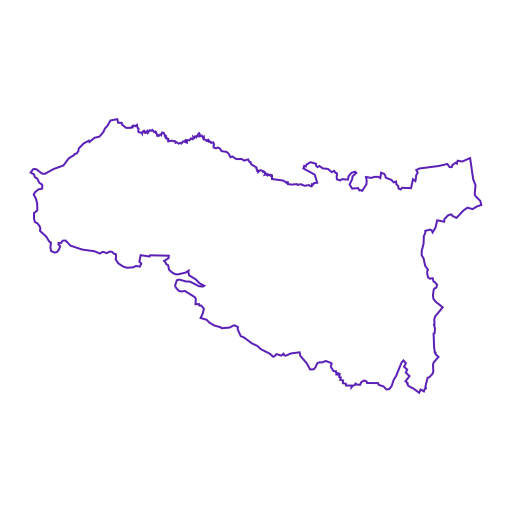 the district of Photharam, Ratchaburi, Thailand
{"feature_id": "78962969B60761780399877", "entity_name": "Photharam", "entity_type": "district", "adm_level": 2, "iso_a3": "THA", "parent_name": "Thailand", "parent_adm1": "Ratchaburi", "projection": "equal_earth", "projection_center": [99.741, 13.703], "detail": "fine", "context": "isolated", "style": "outline", "palette": "violet", "viewbox_px": 512, "rotation_deg": 0, "n_neighbors": 0, "source": "geoboundaries", "source_scale": "gbopen_adm2", "svg_char_len": 6069}
<svg xmlns="http://www.w3.org/2000/svg" viewBox="0 0 512 512"><path d="M110.4,120.5L107.3,126.0L105.0,128.4L103.3,132.1L99.5,136.6L94.5,137.8L89.4,142.0L88.8,140.7L83.6,143.5L78.8,148.4L78.3,151.2L76.9,153.3L74.5,154.1L74.2,155.0L68.7,158.4L63.4,165.5L53.7,169.0L44.7,173.9L41.8,173.5L36.7,169.5L34.8,168.9L32.9,169.4L30.7,172.6L33.9,174.3L34.9,177.2L37.3,178.6L39.2,182.7L42.1,184.6L42.3,185.4L42.1,188.7L38.4,189.4L35.0,192.3L33.7,194.6L35.9,198.5L37.2,203.5L37.3,210.4L34.0,213.1L34.0,218.3L34.8,221.9L37.5,223.4L39.6,226.2L40.3,228.1L40.0,230.9L46.3,236.7L49.2,241.5L51.0,242.7L50.4,247.4L51.1,251.1L54.8,252.6L57.0,252.0L58.8,249.8L60.1,246.6L60.0,245.8L58.5,244.6L58.6,243.0L61.1,242.9L62.6,240.7L65.6,240.5L70.4,245.6L82.3,249.6L94.3,251.2L99.8,253.5L102.8,251.8L106.8,253.1L110.0,251.5L112.2,252.0L114.0,253.8L115.8,254.1L116.1,257.6L115.6,259.1L118.2,263.3L123.1,266.5L127.0,267.8L133.4,267.3L135.7,266.0L139.9,266.6L141.3,263.5L139.4,261.8L140.6,255.2L149.6,256.5L150.0,255.3L168.8,255.7L168.5,258.2L164.1,261.0L165.6,262.5L166.1,264.0L168.2,265.3L169.0,269.7L171.7,272.2L174.9,274.1L177.8,274.4L185.6,272.6L188.6,270.7L188.4,272.2L189.1,275.3L195.8,279.4L199.4,283.2L204.2,285.8L202.8,286.6L198.9,286.2L190.0,281.6L186.1,281.5L179.4,279.6L176.9,280.2L175.1,285.4L175.7,287.4L178.7,290.8L181.4,291.5L184.9,291.0L194.9,297.2L195.8,299.0L195.5,304.2L199.0,304.1L199.3,305.5L201.2,305.5L203.9,308.7L202.8,313.5L200.6,318.0L206.7,319.8L209.3,322.6L214.3,325.5L220.7,327.3L221.5,328.2L229.4,327.6L233.8,325.4L235.3,325.6L237.9,327.1L237.6,329.1L240.7,336.1L244.0,337.5L251.9,343.4L257.3,345.9L260.7,349.1L270.0,353.8L273.0,356.7L274.3,356.4L276.5,354.1L281.2,355.6L283.4,353.7L284.2,355.3L285.7,355.7L291.1,353.4L299.6,352.3L300.3,355.8L306.8,363.4L310.1,369.5L313.7,369.3L315.5,367.2L317.3,363.2L319.8,362.2L321.7,362.5L325.8,361.0L331.3,363.1L331.7,363.8L330.8,366.0L331.4,367.8L333.5,371.0L336.0,371.3L336.0,372.5L336.8,372.8L336.4,374.5L338.5,374.7L338.8,373.5L339.7,373.9L339.2,377.0L340.8,377.5L340.2,379.8L343.1,380.5L342.9,383.2L345.8,383.7L346.0,385.5L351.3,385.5L351.4,387.5L352.7,385.7L354.9,385.0L355.5,383.6L357.0,384.6L360.1,384.8L361.3,382.1L363.9,380.5L366.5,381.3L367.0,383.0L378.1,383.1L378.6,384.8L383.5,386.4L386.4,389.4L389.2,389.2L391.6,386.1L393.8,379.6L396.0,376.2L401.5,362.7L403.4,360.4L405.9,363.1L404.1,366.8L407.2,369.6L405.8,372.6L409.5,376.1L405.5,381.2L407.6,383.1L407.2,383.7L408.4,385.9L413.7,388.7L419.1,392.8L420.7,389.5L423.9,391.4L424.6,389.2L425.7,388.7L425.9,387.5L425.3,387.0L427.6,377.7L429.3,377.3L432.6,373.7L433.3,371.4L433.0,364.9L433.6,362.5L438.5,356.9L435.6,354.3L435.6,352.6L434.8,352.5L434.1,347.3L433.6,333.6L434.6,333.2L435.0,328.8L434.0,324.8L434.5,324.7L434.3,319.2L435.2,316.4L442.7,307.3L435.9,301.9L433.4,298.8L432.9,295.4L433.7,289.9L434.2,288.7L436.3,287.6L437.1,284.7L434.7,282.0L433.6,281.6L432.6,278.2L429.8,278.7L428.1,277.4L427.2,273.8L427.3,271.0L428.0,269.9L425.1,265.6L423.6,258.4L421.7,255.3L421.7,251.0L423.6,243.5L423.8,236.2L425.3,232.9L425.3,230.8L430.1,229.6L431.6,230.3L432.6,232.4L435.5,227.6L437.2,220.3L444.2,221.7L444.4,219.1L448.0,215.4L451.1,214.3L452.5,215.9L456.5,217.9L463.4,210.5L467.5,207.7L472.6,209.1L477.0,206.4L481.3,205.0L480.3,200.9L475.7,196.4L474.7,194.5L475.5,185.2L473.2,179.3L470.1,158.1L462.3,161.5L457.6,160.7L456.9,163.6L455.7,162.7L452.3,165.0L452.0,166.8L451.1,167.2L449.5,167.0L447.4,164.0L438.6,166.0L419.4,168.5L416.3,170.0L417.7,172.6L416.2,175.3L415.6,180.4L415.3,181.1L413.0,179.2L411.0,188.2L402.0,187.8L400.8,189.4L398.6,188.6L398.2,186.1L396.4,184.2L396.0,181.5L393.7,182.4L391.4,179.9L385.8,177.7L385.1,175.2L384.0,173.8L381.1,172.7L380.3,178.1L378.5,176.9L374.2,176.9L371.5,177.9L366.0,177.0L366.7,180.8L366.4,184.4L362.1,190.9L361.1,190.2L359.4,190.4L358.1,188.1L352.2,188.6L349.6,184.5L352.1,179.3L352.6,176.3L356.3,172.9L355.1,171.7L351.3,172.9L348.5,176.4L348.0,179.6L341.9,179.2L340.1,180.4L337.0,179.4L336.6,176.6L337.1,174.3L336.6,173.0L335.5,172.9L334.2,170.9L331.7,172.1L327.9,168.9L322.8,168.4L319.4,166.0L317.6,167.1L316.2,165.9L315.9,163.7L310.4,162.2L306.5,164.6L305.7,166.5L304.2,165.9L303.4,168.4L314.7,174.6L317.2,182.7L313.7,183.2L313.3,184.4L312.0,184.2L312.0,185.9L311.3,186.4L308.9,185.1L304.6,185.8L300.8,184.2L297.5,184.9L296.9,184.1L291.6,184.6L287.9,184.1L287.9,182.3L286.7,182.1L286.3,182.7L283.5,180.6L272.0,179.0L272.0,175.3L271.1,174.9L270.7,175.9L269.6,174.9L268.1,175.2L267.6,174.0L267.0,174.1L266.9,175.1L265.9,174.3L264.6,174.8L265.3,172.6L263.7,171.4L263.2,171.8L263.1,171.1L260.1,170.2L258.1,172.1L257.8,170.7L257.0,170.6L257.3,169.7L256.3,168.4L256.5,167.5L251.2,164.3L250.5,162.1L249.6,162.1L248.1,159.4L244.1,160.6L241.7,159.0L236.3,159.1L232.3,156.4L230.4,157.2L228.7,153.7L226.6,151.9L221.5,151.1L219.9,148.5L217.6,147.5L216.0,148.3L213.7,147.5L213.5,145.5L214.1,144.5L213.3,142.4L211.2,142.9L210.8,141.9L209.0,141.8L209.0,140.9L207.4,141.4L208.5,140.3L208.1,139.7L206.7,140.9L205.8,139.9L203.8,139.4L203.9,136.5L203.0,136.8L202.9,137.7L201.7,135.5L200.2,136.2L199.4,133.7L199.0,134.2L198.5,133.7L197.5,135.6L197.9,136.2L196.7,136.1L196.4,137.2L195.1,136.4L194.3,137.9L193.3,137.0L193.5,138.4L192.5,139.3L191.0,138.4L189.5,140.3L187.2,140.1L187.1,141.0L186.6,140.7L186.8,142.6L185.5,142.2L185.1,140.6L184.1,141.6L183.0,141.4L181.4,143.6L180.2,142.9L178.8,143.6L176.6,142.3L175.6,142.7L175.6,141.6L174.8,141.0L173.5,141.3L172.1,140.6L168.3,141.4L168.4,139.7L167.6,139.5L168.0,138.7L166.3,138.1L166.0,135.9L165.5,135.6L165.2,136.5L163.8,132.9L162.1,132.5L161.2,135.1L160.7,134.4L158.7,135.2L158.7,135.9L157.3,135.9L156.6,133.5L155.9,133.1L156.2,132.2L155.1,131.4L154.0,132.0L152.3,129.9L151.4,130.8L149.6,130.2L147.7,133.1L147.3,132.6L147.8,131.6L147.3,130.9L146.5,132.4L145.3,133.0L144.7,132.7L144.8,131.4L144.0,130.7L142.6,131.8L142.2,133.6L141.8,132.7L138.7,132.2L138.2,131.1L138.6,128.7L137.6,127.8L136.9,124.9L135.2,126.2L134.0,125.5L132.9,125.8L132.7,127.2L131.8,126.8L131.3,127.8L126.2,127.9L121.9,124.5L121.8,122.9L118.1,122.7L117.3,119.2L110.4,120.5Z" fill="none" stroke="#5b21b6" stroke-width="2"/></svg>